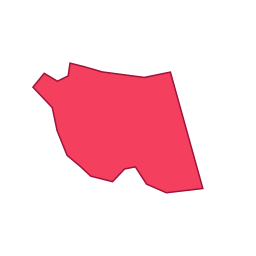 Qrendi, Mercator projection, rotated 237°
{"feature_id": "MLT-5972", "entity_name": "Qrendi", "entity_type": "state/province", "adm_level": 1, "iso_a3": "MLT", "parent_name": "Malta", "parent_adm1": "", "projection": "mercator", "projection_center": [14.452, 35.828], "detail": "fine", "context": "isolated", "style": "filled", "palette": "rose", "viewbox_px": 256, "rotation_deg": 237, "n_neighbors": 0, "source": "natural_earth", "source_scale": "10m", "svg_char_len": 408}
<svg xmlns="http://www.w3.org/2000/svg" viewBox="0 0 256 256"><g transform="rotate(237 128 128)"><path d="M151.8,194.0L36.5,157.8L52.8,124.9L70.8,113.0L91.4,113.0L95.5,102.8L91.4,85.8L107.9,70.5L121.7,67.1L138.2,62.0L164.4,67.1L186.4,75.6L214.0,70.5L219.5,87.5L205.7,94.3L204.3,106.2L214.0,114.7L203.0,124.9L189.2,136.8L161.6,169.1L151.8,194.0Z" fill="#f43f5e" stroke="#9f1239" stroke-width="1.5"/></g></svg>